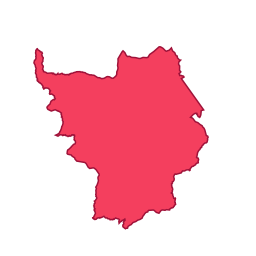 Silvia, Cauca, Colombia, rotated 257°
{"feature_id": "7082276B59383263331081", "entity_name": "Silvia", "entity_type": "district", "adm_level": 2, "iso_a3": "COL", "parent_name": "Colombia", "parent_adm1": "Cauca", "projection": "albers", "projection_center": [-76.334, 2.654], "detail": "fine", "context": "isolated", "style": "filled", "palette": "rose", "viewbox_px": 256, "rotation_deg": 257, "n_neighbors": 0, "source": "geoboundaries", "source_scale": "gbopen_adm2", "svg_char_len": 5694}
<svg xmlns="http://www.w3.org/2000/svg" viewBox="0 0 256 256"><g transform="rotate(257 128 128)"><path d="M41.3,155.3L42.4,156.0L42.6,156.9L43.0,157.3L44.1,157.1L44.9,157.3L45.3,156.9L48.7,158.4L49.2,158.2L48.8,157.3L49.2,156.7L51.4,156.7L52.2,156.4L53.6,156.7L54.4,156.3L54.6,155.6L55.2,155.7L55.3,156.5L56.3,157.0L56.9,156.9L57.6,157.6L58.4,157.8L59.8,157.8L60.6,157.4L61.4,157.7L62.0,157.5L62.9,157.9L63.8,157.8L64.2,158.8L65.6,159.1L65.7,160.0L66.8,161.1L68.0,161.6L70.3,161.5L72.0,162.7L72.6,163.6L72.1,164.4L72.3,169.8L73.9,171.4L73.5,172.9L73.5,173.8L74.0,175.4L73.7,177.9L72.7,178.2L72.6,178.4L72.9,179.0L74.2,179.3L76.1,181.7L76.0,182.9L76.4,183.4L76.5,184.2L77.1,185.7L77.7,186.1L78.2,186.8L78.3,188.6L78.8,188.8L79.6,188.7L81.3,189.7L82.7,189.6L83.1,189.4L83.3,188.6L84.2,188.2L84.7,188.7L88.4,190.3L90.2,191.9L90.9,193.2L92.4,194.3L92.4,195.2L92.9,195.6L93.4,195.6L94.3,196.6L94.7,197.6L95.2,197.8L96.1,199.8L95.9,200.8L96.4,201.8L98.7,203.0L99.9,203.1L101.0,204.0L102.2,203.8L103.0,202.6L108.9,202.4L110.7,202.0L112.3,201.0L113.6,200.7L115.2,199.0L117.5,197.3L119.0,195.0L122.4,193.5L123.4,192.8L124.3,191.3L126.3,194.3L127.1,196.2L127.1,197.6L126.7,198.4L126.0,198.0L125.3,198.7L124.5,198.5L123.0,199.2L123.0,200.0L122.3,200.3L122.7,200.8L124.4,201.9L128.5,203.3L128.6,205.8L164.1,191.1L165.0,194.0L165.7,193.9L166.2,193.5L166.8,192.2L167.5,191.3L167.5,190.2L169.6,190.0L169.6,190.5L170.8,192.1L172.6,191.2L176.9,192.3L178.4,191.7L179.1,191.7L180.9,192.4L182.3,194.5L182.8,193.4L185.1,192.0L187.1,192.1L187.4,191.4L188.7,190.8L190.9,190.5L193.0,188.8L196.3,188.3L194.6,185.8L194.2,182.6L194.9,181.8L197.7,180.1L199.1,178.7L199.9,177.6L200.1,176.6L196.7,170.3L194.8,165.7L192.3,163.2L192.4,161.8L193.4,158.5L193.0,156.0L193.2,154.5L194.9,151.1L196.0,147.4L197.5,145.6L197.8,143.5L199.2,142.6L202.2,141.9L204.3,140.5L203.5,139.3L197.7,133.8L195.1,133.3L191.3,131.9L188.7,131.8L187.0,131.0L185.2,129.7L182.6,129.0L181.3,127.8L179.8,124.8L180.2,123.4L182.0,121.5L182.7,119.8L182.7,118.7L181.8,116.0L182.0,113.5L183.4,111.6L183.9,109.8L187.0,106.8L187.8,104.5L188.2,104.0L188.2,102.9L190.4,99.6L191.6,98.6L192.1,97.1L192.7,96.5L192.5,96.1L193.0,95.5L193.2,94.3L193.7,94.0L194.4,90.5L194.2,89.6L194.2,87.7L193.9,86.7L193.9,85.4L194.1,85.1L193.9,83.8L193.5,83.6L193.6,83.1L193.3,82.9L193.5,82.3L193.1,82.1L193.9,80.7L193.8,79.4L194.2,78.8L194.1,78.4L194.8,77.7L195.0,76.7L196.1,76.1L196.1,75.2L195.6,73.6L196.0,73.1L196.2,71.7L196.8,71.8L196.2,71.0L196.3,70.3L196.0,69.8L196.6,69.5L196.8,68.3L198.1,67.9L197.8,66.7L198.2,66.4L198.7,66.4L199.5,61.6L200.8,60.4L201.9,58.4L203.3,58.5L204.3,57.9L206.7,59.2L207.8,59.2L208.2,58.8L210.1,58.5L211.3,59.1L212.0,60.0L213.7,60.4L215.1,61.1L215.7,61.2L216.7,60.6L217.4,60.7L218.5,60.4L219.1,60.6L220.1,61.4L221.4,61.0L221.9,59.8L222.8,59.5L224.6,57.7L225.6,57.5L225.5,56.9L224.2,55.6L223.5,55.5L221.9,54.8L219.5,54.8L218.5,54.2L217.7,54.3L216.1,53.8L215.0,52.6L214.9,52.1L212.6,51.0L210.1,51.7L208.4,51.6L206.7,51.9L204.8,50.9L204.1,51.1L203.2,50.5L202.1,50.2L200.5,50.7L197.9,50.2L196.7,50.9L195.6,50.8L195.4,50.3L194.5,50.2L193.7,50.7L193.6,51.3L192.6,51.4L191.8,52.1L191.8,52.5L191.0,52.8L190.4,53.6L189.3,53.9L187.8,54.6L186.8,54.2L184.9,54.7L185.0,55.1L185.6,55.2L185.7,55.6L185.4,56.1L185.6,56.8L184.8,58.9L184.2,59.7L183.3,59.9L182.8,60.3L182.5,60.2L181.6,60.8L180.9,59.8L180.5,59.9L179.1,59.2L178.4,59.5L178.3,61.3L176.7,62.7L176.2,62.9L176.0,63.4L174.7,63.5L174.2,63.2L172.9,63.7L172.1,62.5L172.6,61.8L171.4,59.0L168.8,57.3L167.9,55.5L166.5,53.7L165.5,53.7L164.2,54.1L162.0,56.8L161.8,57.1L162.2,61.2L160.8,62.8L160.7,63.5L160.0,63.7L159.7,64.6L157.5,66.5L156.6,65.9L155.8,66.2L155.0,66.0L154.4,66.1L153.8,65.7L153.6,66.2L153.1,66.0L151.9,66.3L150.0,65.8L148.7,66.3L148.1,65.9L147.2,65.8L145.1,64.6L144.3,63.8L142.3,62.9L139.9,61.1L139.6,60.6L138.7,60.2L137.7,58.0L137.3,55.9L135.9,57.8L135.9,58.5L136.8,60.0L136.0,62.3L135.4,62.7L135.7,63.2L135.4,63.6L135.7,63.9L135.2,64.8L135.4,65.4L134.7,65.5L134.6,66.2L133.9,66.7L133.7,67.5L133.2,67.7L133.7,69.1L133.2,69.3L133.0,70.4L133.4,70.8L133.3,71.6L134.0,71.8L134.0,72.0L133.7,72.9L133.3,73.2L133.5,73.7L133.0,74.3L131.6,74.0L131.3,73.5L129.2,73.2L128.7,72.8L127.3,73.7L125.7,73.6L124.7,73.0L124.4,72.7L124.3,71.2L123.0,69.5L122.8,68.7L122.1,68.3L120.9,66.0L120.5,65.5L120.2,64.4L119.2,63.7L116.8,62.9L116.0,63.4L114.4,66.7L113.1,67.2L111.0,69.3L109.5,69.4L107.3,70.6L104.3,77.8L103.6,78.7L102.5,79.3L98.7,80.4L97.2,81.6L97.0,85.3L96.4,86.1L94.6,87.5L89.5,89.5L88.3,89.2L87.5,88.2L86.5,87.6L85.4,87.4L83.6,87.4L82.0,86.7L79.1,84.8L77.6,83.3L76.1,83.6L74.6,82.7L71.6,82.2L70.5,81.6L69.4,81.8L68.8,81.3L67.5,81.9L66.3,81.6L64.5,79.6L64.3,78.8L63.4,79.1L62.3,79.0L61.7,78.0L60.2,77.6L59.8,77.1L58.8,77.5L58.4,77.2L57.4,77.2L56.6,77.7L56.3,76.9L55.7,76.5L54.9,77.0L54.5,76.8L54.1,77.0L52.2,77.1L48.4,74.1L48.6,72.7L48.5,73.2L47.0,74.2L46.9,74.8L46.3,75.1L46.3,76.5L47.1,77.7L47.1,79.4L46.6,80.2L47.0,80.6L46.7,81.1L46.9,82.6L47.4,84.7L45.5,85.8L45.0,87.5L44.2,87.8L43.5,89.6L42.6,89.9L42.6,91.3L42.1,92.0L42.4,92.5L42.1,93.2L42.6,93.8L42.2,94.1L43.1,95.6L41.8,97.6L41.6,98.3L40.7,99.0L39.2,98.1L37.2,97.9L38.6,99.9L38.5,100.5L39.3,101.5L39.3,102.6L40.0,104.4L38.8,104.4L37.4,102.3L35.8,102.4L35.2,102.0L34.8,101.3L33.7,100.9L32.8,100.9L30.4,102.8L30.7,103.7L30.5,105.0L32.1,105.9L32.9,107.9L33.1,109.2L34.8,111.7L35.1,114.6L36.0,116.7L36.2,119.1L37.0,121.5L38.1,122.2L39.3,123.3L39.8,124.2L40.6,124.8L41.7,126.5L41.8,128.4L42.7,128.9L43.1,129.5L42.4,134.2L41.9,134.9L39.4,136.6L38.0,139.0L40.0,141.4L40.3,142.0L40.4,143.2L39.5,145.6L39.8,147.0L38.8,150.0L39.6,150.2L39.8,151.4L40.4,152.2L40.2,153.1L40.4,154.2L41.1,154.7L41.3,155.3Z" fill="#f43f5e" stroke="#9f1239" stroke-width="1.5"/></g></svg>